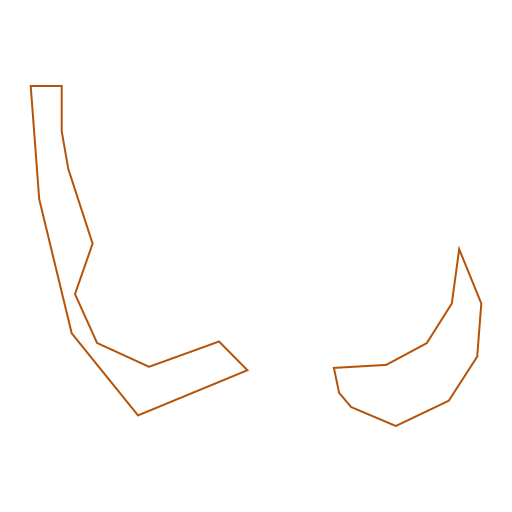 an SVG outline of Cocos (Keeling) Islands
{"feature_id": "IOA-1928", "entity_name": "Cocos (Keeling) Islands", "entity_type": "Province", "adm_level": 1, "iso_a3": "IOA", "parent_name": "Indian Ocean Territories", "parent_adm1": "", "projection": "albers", "projection_center": [96.87, -12.163], "detail": "fine", "context": "isolated", "style": "outline", "palette": "amber", "viewbox_px": 512, "rotation_deg": 0, "n_neighbors": 0, "source": "natural_earth", "source_scale": "10m", "svg_char_len": 429}
<svg xmlns="http://www.w3.org/2000/svg" viewBox="0 0 512 512"><path d="M219.0,341.5L247.4,370.2L138.0,415.4L71.7,333.3L39.2,199.1L30.7,86.0L61.7,86.0L61.7,131.3L68.3,169.0L92.6,243.6L75.0,294.1L97.1,343.0L149.0,366.8L219.0,341.5ZM395.8,426.0L351.2,407.1L339.1,392.8L333.9,367.9L386.2,364.9L426.8,343.1L451.8,303.5L459.2,249.2L481.3,303.5L477.2,356.6L448.8,400.7L395.8,426.0Z" fill="none" stroke="#b45309" stroke-width="2"/></svg>